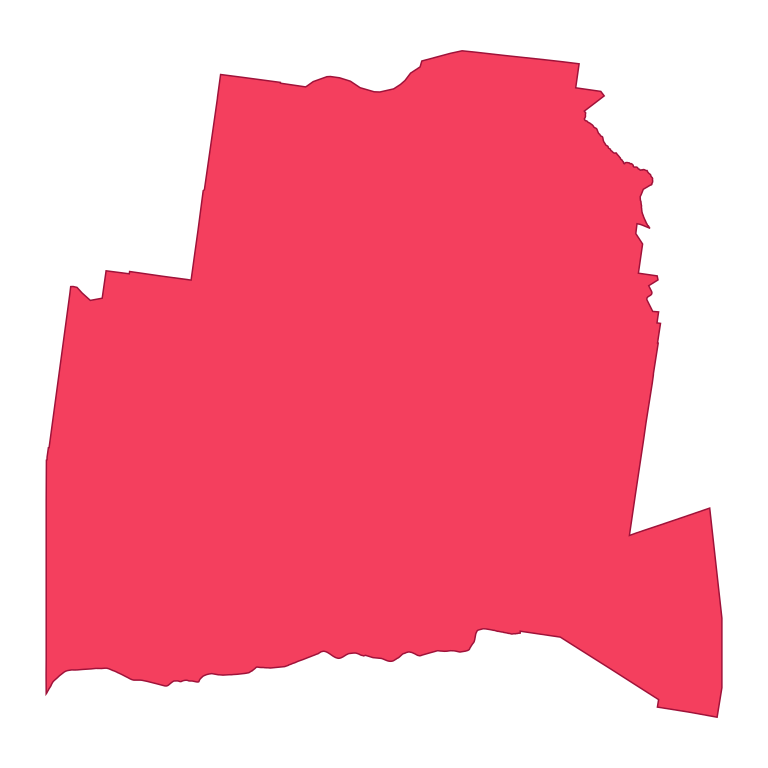 the district of Maroondah, Victoria, Australia
{"feature_id": "25037944B31367314847764", "entity_name": "Maroondah", "entity_type": "district", "adm_level": 2, "iso_a3": "AUS", "parent_name": "Australia", "parent_adm1": "Victoria", "projection": "albers", "projection_center": [145.272, -37.803], "detail": "fine", "context": "isolated", "style": "filled", "palette": "rose", "viewbox_px": 768, "rotation_deg": 0, "n_neighbors": 0, "source": "geoboundaries", "source_scale": "gbopen_adm2", "svg_char_len": 5989}
<svg xmlns="http://www.w3.org/2000/svg" viewBox="0 0 768 768"><path d="M717.1,717.2L721.9,687.7L721.9,618.2L709.7,508.1L670.2,521.6L637.1,532.7L629.4,535.5L635.3,495.1L643.5,440.4L646.1,422.1L652.3,382.9L653.4,374.8L653.4,373.7L658.2,343.1L657.5,343.0L660.5,323.4L657.0,322.9L658.6,311.9L652.7,311.4L647.1,300.2L646.9,299.7L646.8,299.1L646.9,298.5L647.0,298.0L647.5,297.3L648.1,296.7L650.6,295.2L651.0,294.8L651.4,294.4L651.7,293.9L651.9,293.0L651.9,292.5L651.7,291.7L648.7,285.7L658.0,279.9L657.2,275.9L638.4,273.2L642.6,244.0L635.8,233.6L637.0,223.7L640.3,224.4L642.8,225.3L649.5,228.1L649.6,227.9L648.5,226.2L648.4,225.9L647.6,225.4L646.7,223.5L646.3,223.0L646.1,222.5L646.1,222.2L645.5,221.4L645.4,221.0L645.4,220.6L644.7,219.5L644.6,219.1L644.3,218.6L644.1,217.9L643.6,217.0L643.5,216.4L642.8,214.5L642.2,213.0L642.2,212.5L641.9,211.7L641.9,210.9L641.7,210.1L641.7,209.0L641.4,207.1L641.5,206.5L641.5,205.5L641.2,204.3L640.9,201.4L640.4,200.3L640.2,197.5L640.2,196.6L641.2,194.6L643.3,189.3L650.0,185.3L651.2,184.9L651.6,184.7L651.8,184.4L651.9,184.0L651.8,183.5L652.1,183.2L652.5,182.4L652.7,181.1L652.6,180.3L652.4,179.7L652.6,179.1L652.6,178.5L652.2,177.6L651.5,177.0L651.0,176.2L650.8,175.8L650.8,175.3L650.5,174.7L650.1,174.3L648.7,173.2L647.6,171.8L647.5,171.5L647.3,170.9L647.0,170.5L646.4,170.6L646.0,170.5L645.2,170.2L644.9,169.9L643.7,169.5L642.9,169.9L642.7,169.7L642.2,169.9L641.4,169.9L640.8,170.2L640.2,170.2L639.8,169.6L639.6,169.3L638.9,169.2L638.4,169.0L637.7,167.9L637.1,167.3L636.0,167.0L635.5,167.1L634.5,167.1L633.6,166.8L633.3,166.5L633.3,165.7L633.2,165.3L632.8,164.8L632.4,164.5L632.0,164.0L631.6,163.8L631.1,163.6L630.2,163.8L630.0,163.6L629.7,163.2L629.1,162.8L628.4,162.8L627.6,162.6L626.9,162.5L625.7,162.6L625.0,163.0L624.6,163.7L624.2,163.7L623.7,163.2L623.5,162.8L623.4,162.5L623.5,162.1L623.2,161.7L622.9,161.4L622.5,161.0L621.9,159.9L621.2,159.6L620.6,158.8L620.3,157.9L619.6,157.2L618.7,156.0L617.6,154.8L617.0,154.1L616.3,153.0L615.9,152.9L615.4,153.1L614.8,153.2L614.1,153.0L613.2,152.5L611.7,151.0L610.8,150.5L610.4,149.2L609.0,148.4L608.4,147.9L608.3,147.7L608.2,147.0L607.9,146.4L607.6,146.1L606.0,145.2L605.6,144.8L605.1,143.7L603.8,141.8L603.3,140.4L602.8,137.7L602.5,136.9L602.0,136.5L601.0,136.1L600.7,135.9L599.6,134.2L598.7,133.5L598.5,133.2L597.8,131.6L596.9,129.2L596.6,128.8L595.9,128.2L594.5,127.6L593.9,127.1L593.1,125.8L592.4,125.0L589.8,123.1L588.3,122.4L587.7,121.9L587.1,121.2L586.6,120.9L585.8,120.8L585.4,120.6L584.9,120.1L584.5,119.4L584.4,118.9L584.5,118.5L584.8,118.2L585.3,117.1L585.5,116.4L585.4,114.4L585.7,112.9L584.3,111.1L604.2,95.9L600.8,91.4L575.7,87.8L579.1,63.8L562.1,61.7L548.8,60.2L503.9,55.4L474.8,52.1L462.1,50.8L450.5,53.3L421.8,61.0L420.1,66.9L410.6,73.1L405.0,80.5L400.4,84.5L393.6,88.9L379.8,92.0L374.2,91.8L360.1,87.7L350.4,81.2L339.6,77.8L330.3,76.5L326.9,76.7L313.2,81.6L306.9,86.1L305.6,86.9L280.4,83.2L280.4,82.4L243.0,77.4L220.6,74.5L217.5,97.2L217.4,98.6L204.4,189.7L203.2,190.7L198.0,230.4L194.8,253.3L191.1,280.1L162.2,276.2L129.6,271.5L129.3,273.8L106.1,270.8L102.2,298.2L90.3,300.4L82.1,293.0L77.0,287.4L73.1,286.5L70.7,286.6L69.9,293.4L49.1,447.6L48.4,447.7L47.2,456.3L47.1,456.8L47.0,459.8L46.4,460.1L46.2,500.5L46.2,658.9L46.1,674.8L46.2,693.8L46.9,692.8L47.6,691.3L48.2,690.4L48.9,689.0L50.4,686.7L51.1,685.5L51.1,685.2L52.1,683.3L52.7,682.2L54.0,680.7L57.1,678.0L59.5,675.7L64.4,671.9L65.7,671.2L67.1,670.7L68.0,670.5L70.4,670.1L71.8,669.9L74.5,670.0L77.3,669.9L83.1,669.4L91.1,668.9L95.9,668.4L101.5,668.5L104.8,668.2L106.8,668.2L109.0,668.8L113.3,670.7L113.7,670.7L116.8,672.1L117.6,672.6L118.2,672.8L121.6,674.4L126.6,677.0L127.3,677.3L130.2,678.9L132.1,679.7L133.8,680.1L140.4,680.1L142.1,680.3L147.3,681.4L156.8,683.8L164.8,685.9L166.2,686.0L167.1,685.8L168.2,685.3L171.7,682.4L173.3,681.3L174.0,681.0L177.3,680.9L178.2,681.0L180.1,681.6L181.0,681.6L182.8,680.8L184.4,680.4L186.2,680.2L187.6,680.4L188.9,680.9L190.3,681.0L192.2,681.0L196.5,681.9L198.0,682.0L198.8,681.7L199.0,681.3L199.6,679.8L200.0,679.2L200.8,678.3L203.0,676.2L204.4,675.5L206.6,674.6L209.0,674.0L211.8,673.6L218.4,674.8L219.5,674.8L223.0,675.1L229.5,674.7L231.7,674.7L233.4,674.5L236.9,674.3L245.1,673.4L248.9,672.7L251.9,670.8L252.0,670.9L253.6,669.6L255.2,668.3L256.2,667.3L256.9,667.1L257.8,667.1L259.6,667.4L260.8,667.5L263.5,667.5L264.7,667.7L267.1,667.8L268.1,667.8L270.3,668.0L272.5,667.8L284.7,666.6L288.1,665.4L288.4,665.3L288.6,665.0L291.2,664.1L292.7,663.4L294.7,662.8L298.0,661.3L303.1,659.5L308.9,657.2L309.5,657.0L313.0,655.6L314.4,655.1L316.5,654.2L317.9,653.8L321.0,651.8L323.0,651.3L323.6,651.2L324.4,651.3L326.2,651.8L327.8,652.6L330.0,654.0L333.0,656.1L334.7,657.1L336.0,657.7L337.8,658.2L338.6,658.3L339.6,658.2L340.8,657.9L342.9,656.9L346.4,654.7L348.7,653.6L353.0,653.1L355.2,653.0L356.7,653.3L357.9,653.7L358.7,654.0L361.1,655.2L363.0,655.6L363.6,655.9L365.5,655.3L372.9,657.6L381.3,658.4L382.8,658.9L386.4,660.4L387.8,660.9L389.2,661.2L390.6,661.3L391.9,661.2L393.3,660.8L394.0,660.4L395.1,659.7L395.7,659.4L396.9,658.5L398.2,657.9L399.4,657.0L402.3,654.3L403.0,653.8L405.2,653.1L406.1,652.6L408.3,652.0L409.0,652.0L409.6,652.0L411.9,652.5L414.8,653.8L417.5,655.3L419.7,655.8L420.8,655.6L422.4,655.0L429.7,652.9L434.8,651.5L437.1,650.8L438.0,650.7L440.2,651.0L442.1,651.1L444.3,651.3L446.8,651.2L448.9,650.9L450.4,650.7L453.9,650.8L455.2,651.0L459.2,651.9L460.1,652.0L465.6,651.1L467.6,650.5L468.6,650.0L469.1,649.6L469.4,649.3L469.8,648.3L470.8,646.6L472.4,644.1L473.7,642.5L474.2,641.5L474.7,639.7L475.8,633.7L476.3,632.6L477.1,630.9L477.8,630.3L478.4,630.0L483.0,628.8L484.0,628.8L485.7,628.9L490.7,629.7L493.5,630.3L494.2,630.3L497.5,631.3L498.2,631.3L501.8,632.0L503.1,632.1L503.6,632.4L506.6,632.9L508.6,633.4L509.9,633.5L511.4,634.0L512.2,634.0L513.9,633.7L515.5,633.8L516.0,633.6L517.4,633.5L518.5,633.2L519.4,633.2L520.2,633.1L520.2,631.2L560.3,637.1L574.8,646.3L610.9,669.1L658.6,699.6L657.4,707.1L688.3,712.0L717.1,717.2Z" fill="#f43f5e" stroke="#9f1239" stroke-width="1.5"/></svg>